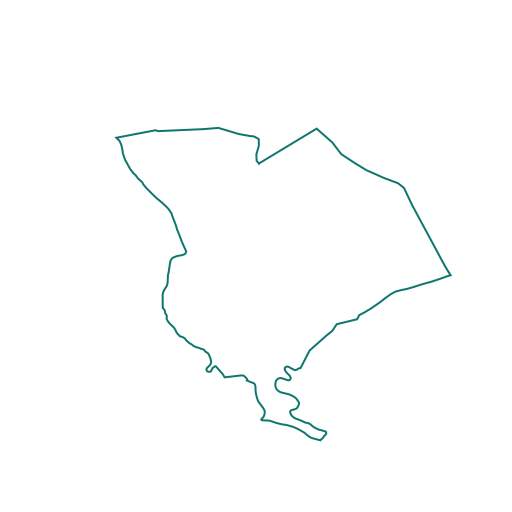 the district of Mae Lan, Pattani, Thailand, rotated 119°
{"feature_id": "78962969B32664708228231", "entity_name": "Mae Lan", "entity_type": "district", "adm_level": 2, "iso_a3": "THA", "parent_name": "Thailand", "parent_adm1": "Pattani", "projection": "natural_earth1", "projection_center": [101.273, 6.665], "detail": "fine", "context": "isolated", "style": "outline", "palette": "teal", "viewbox_px": 512, "rotation_deg": 119, "n_neighbors": 0, "source": "geoboundaries", "source_scale": "gbopen_adm2", "svg_char_len": 6088}
<svg xmlns="http://www.w3.org/2000/svg" viewBox="0 0 512 512"><g transform="rotate(119 256 256)"><path d="M220.3,435.5L220.6,434.7L221.1,432.3L221.9,430.5L222.9,429.2L224.4,427.4L227.1,425.0L228.8,423.6L230.8,422.2L232.2,420.6L235.3,417.2L241.1,407.9L242.7,404.1L243.2,402.9L243.7,400.4L244.8,398.1L245.6,396.0L246.4,392.4L246.9,390.9L247.9,389.5L249.8,384.7L252.6,374.9L253.7,370.6L254.3,367.2L254.9,364.2L256.2,358.8L257.3,355.4L258.5,352.9L259.7,350.6L261.4,348.8L268.4,340.5L271.1,337.9L273.1,335.3L279.1,328.2L282.5,323.8L284.2,321.4L285.4,319.8L286.0,319.2L286.6,319.0L287.3,318.9L288.2,319.0L289.1,319.4L290.0,320.1L291.3,321.3L293.7,324.3L295.1,325.7L297.3,327.5L298.3,328.1L299.1,328.3L300.6,328.5L301.7,328.4L303.5,327.9L312.4,324.6L316.0,323.5L321.3,320.8L322.9,320.1L324.6,319.7L325.7,319.5L328.2,319.7L329.9,319.8L331.4,319.7L332.7,319.6L334.0,319.3L335.5,318.7L345.7,312.9L346.6,312.4L346.7,312.2L347.0,311.2L347.3,310.5L347.6,309.9L347.9,309.6L348.3,309.1L350.2,307.4L350.8,306.0L351.1,305.6L351.6,305.1L352.3,304.6L352.9,304.3L353.6,304.1L353.8,304.0L354.0,303.9L354.2,303.7L354.4,303.6L355.0,302.6L355.4,302.1L356.0,300.9L356.2,300.5L356.6,299.5L357.3,297.3L357.6,296.3L358.3,293.6L358.5,292.8L359.1,291.8L360.0,290.3L361.4,288.4L361.7,287.8L362.0,286.9L362.6,285.2L363.0,283.9L363.1,283.5L363.0,283.2L362.7,281.9L362.6,281.5L362.5,280.9L362.5,279.3L362.5,278.5L362.6,278.3L362.7,278.1L363.1,277.2L363.5,276.3L363.8,275.4L363.9,275.0L364.0,273.9L364.1,273.3L364.2,273.1L364.5,272.4L364.5,272.1L364.5,271.5L364.5,270.2L364.5,269.5L364.9,267.3L364.9,266.7L364.9,266.2L364.6,263.4L364.2,262.2L364.0,261.2L363.9,260.7L363.9,259.5L363.8,259.0L363.6,258.3L363.3,257.1L363.2,256.7L363.2,256.4L363.3,255.9L363.9,254.7L364.1,254.2L364.1,253.9L364.2,253.1L364.3,251.4L364.4,250.8L364.5,250.3L365.0,249.6L367.2,246.7L367.9,246.0L369.6,244.5L370.2,244.1L370.7,243.8L371.1,243.6L371.7,243.5L372.4,243.4L372.8,243.3L373.2,243.4L374.2,243.5L374.9,243.7L377.6,244.5L378.3,244.6L378.8,244.5L379.2,244.3L379.6,244.1L380.1,243.6L380.3,243.3L380.3,243.0L380.4,242.6L380.4,242.0L380.3,241.6L380.2,241.4L379.9,240.8L379.7,240.3L379.4,239.9L379.2,239.7L378.8,239.6L378.6,239.5L375.9,239.7L375.2,239.7L374.6,239.4L373.0,238.7L372.2,238.3L372.1,238.2L372.0,237.7L372.0,237.3L373.3,233.8L374.2,231.5L374.6,230.2L374.9,229.3L375.3,228.2L375.5,227.8L376.7,225.6L377.0,225.2L377.2,224.9L377.3,224.7L377.2,224.6L377.1,224.3L376.9,224.0L367.8,211.3L367.3,210.5L366.9,209.5L366.7,208.8L366.7,208.5L366.8,207.9L366.8,207.5L367.0,206.9L367.6,205.1L368.1,204.0L368.3,203.6L368.8,203.4L369.0,203.4L369.3,203.5L369.2,202.5L368.9,199.7L368.5,197.6L368.4,196.1L368.4,195.8L368.5,195.6L368.7,195.1L368.9,194.8L369.3,194.2L369.8,193.7L370.2,193.4L371.9,192.3L374.3,190.9L375.7,189.9L377.9,188.0L378.5,187.4L380.7,185.2L381.2,184.6L381.6,184.1L381.9,183.7L382.7,182.2L385.0,177.1L385.8,175.4L386.2,174.8L386.8,174.0L387.2,173.5L387.7,173.1L388.2,172.7L389.3,172.2L390.3,171.8L391.0,171.7L392.0,171.5L392.6,171.5L393.2,171.5L394.4,171.7L396.2,172.2L396.4,172.1L396.6,171.9L396.8,171.6L396.8,171.1L396.7,170.8L395.1,167.9L394.1,165.7L393.5,164.2L393.0,162.0L392.1,157.0L391.5,154.8L390.7,151.9L390.1,150.2L389.1,147.8L389.0,147.3L388.8,146.5L387.6,141.3L387.1,137.7L387.0,135.1L387.0,131.8L387.1,128.0L387.2,127.3L387.6,125.8L387.9,124.3L388.1,122.8L388.2,120.8L388.2,119.9L388.1,119.2L388.0,118.4L386.0,110.3L385.6,110.4L385.3,110.4L385.2,110.4L383.6,109.5L383.4,109.5L383.0,109.4L381.1,109.2L380.1,109.1L379.6,108.9L378.9,108.7L378.4,108.5L377.9,108.4L377.6,108.4L377.3,108.5L376.9,108.6L376.4,109.1L376.1,109.4L375.8,109.7L375.8,109.9L376.0,110.6L376.3,112.7L376.6,114.0L377.3,116.2L377.4,116.5L377.4,117.1L377.5,118.6L377.7,120.2L377.5,123.9L377.4,124.3L377.4,124.6L377.0,125.6L376.9,126.1L376.8,126.6L376.8,127.3L376.8,128.6L376.9,129.3L377.5,131.4L377.9,132.7L377.9,132.9L377.9,134.1L377.9,134.6L378.1,135.9L378.3,138.6L378.8,141.7L378.9,142.4L378.9,142.8L379.0,143.7L378.9,144.6L378.9,145.1L378.8,145.6L378.5,146.7L378.3,147.3L378.0,148.0L377.5,148.8L376.7,149.8L376.5,150.1L376.1,150.4L375.7,150.6L375.3,150.7L375.1,150.8L374.6,150.8L374.1,150.6L373.7,150.2L372.1,148.7L370.8,147.4L370.3,147.0L369.5,146.6L369.2,146.5L368.9,146.4L367.0,146.4L365.6,146.5L364.8,146.6L364.2,146.8L363.6,147.1L363.3,147.5L363.0,147.9L362.6,148.8L362.0,149.9L361.7,150.5L361.3,151.2L361.2,151.8L361.0,152.5L360.7,154.4L360.7,155.4L360.7,157.7L360.8,158.7L360.9,159.4L361.2,160.9L361.6,162.5L362.4,165.1L363.0,167.2L363.1,168.0L363.2,168.9L363.3,169.5L363.2,170.3L363.1,171.4L362.9,172.3L362.7,172.9L362.6,173.1L362.4,173.5L362.2,173.9L361.6,174.7L361.1,175.2L360.3,175.9L359.9,176.3L359.4,176.6L358.9,176.9L358.1,177.2L356.7,177.7L356.0,177.9L355.3,178.0L354.9,177.9L353.8,177.7L353.1,177.5L352.4,177.0L351.9,176.7L351.7,176.5L351.3,175.9L350.7,175.1L350.6,174.8L350.5,174.5L350.3,173.8L349.9,171.6L349.4,169.0L349.3,168.2L349.1,167.8L349.0,167.3L348.8,167.2L348.6,166.9L348.2,166.6L347.9,166.4L347.6,166.3L347.4,166.2L346.6,166.2L346.0,166.5L345.4,167.0L345.0,167.5L344.6,168.2L344.3,168.8L344.0,169.7L343.9,170.1L343.6,171.3L343.3,172.2L343.0,173.1L342.6,174.0L342.1,175.0L341.6,175.5L341.3,175.8L341.0,176.1L340.6,176.3L340.3,176.4L340.1,176.4L339.4,176.4L339.2,176.3L338.6,176.2L338.4,176.0L338.0,175.8L337.9,175.6L337.6,175.1L337.3,174.4L337.2,173.5L337.1,172.8L337.2,169.7L337.1,168.8L337.1,167.9L336.9,166.9L336.8,166.4L336.5,165.9L336.2,165.7L335.5,165.2L334.7,164.7L333.8,164.2L333.3,163.8L333.1,163.7L332.8,163.3L332.6,162.9L332.5,162.7L312.7,163.3L291.1,155.7L284.6,153.0L276.5,152.3L262.3,136.9L257.6,137.0L253.4,134.2L246.2,130.0L236.5,125.2L230.1,122.5L224.2,119.7L219.5,116.7L214.9,111.9L211.7,108.1L207.4,103.8L200.4,97.2L192.9,89.6L186.9,84.1L181.3,79.2L178.5,76.5L173.2,85.9L135.8,144.1L124.7,159.6L123.5,167.1L125.7,182.0L127.4,201.0L126.8,215.2L125.6,230.8L119.7,244.3L115.2,264.7L173.5,298.2L173.8,298.2L172.4,301.6L167.1,304.9L158.3,306.9L152.4,310.3L152.4,315.7L154.1,319.7L157.6,330.0L162.2,351.0L170.4,363.3L194.2,402.1L194.7,404.8L220.3,435.5Z" fill="none" stroke="#0f766e" stroke-width="2"/></g></svg>